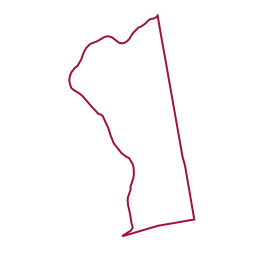 outline of Hancock, West Virginia, United States of America, rotated 350°
{"feature_id": "52423323B20661288428578", "entity_name": "Hancock", "entity_type": "district", "adm_level": 2, "iso_a3": "USA", "parent_name": "United States of America", "parent_adm1": "West Virginia", "projection": "equal_earth", "projection_center": [-80.596, 40.517], "detail": "fine", "context": "isolated", "style": "outline", "palette": "rose", "viewbox_px": 256, "rotation_deg": 350, "n_neighbors": 0, "source": "geoboundaries", "source_scale": "gbopen_adm2", "svg_char_len": 953}
<svg xmlns="http://www.w3.org/2000/svg" viewBox="0 0 256 256"><g transform="rotate(350 128 128)"><path d="M78.4,71.1L78.5,74.9L79.1,78.8L81.9,81.8L86.7,86.1L88.6,88.4L95.9,100.6L101.4,109.1L103.1,109.7L105.1,111.6L108.6,124.8L109.5,132.0L111.4,140.8L117.3,151.7L121.6,156.3L123.8,157.7L126.2,164.0L126.7,167.4L125.8,174.3L124.4,178.7L120.3,186.1L120.0,188.8L115.8,196.5L115.1,199.1L114.7,203.8L115.1,213.2L114.9,222.6L115.4,225.9L115.2,227.0L113.2,229.4L104.7,232.9L103.6,233.6L140.6,229.5L177.4,229.6L177.6,175.1L176.7,165.4L176.7,162.2L176.7,127.1L176.7,90.9L176.7,64.5L176.6,41.8L176.7,22.4L174.8,23.9L172.3,24.7L169.4,24.6L167.6,25.1L163.1,28.2L158.9,30.2L155.5,31.0L149.2,35.5L144.5,40.8L141.8,42.6L138.6,43.6L136.5,43.6L134.0,42.5L128.5,36.5L127.2,35.5L124.1,34.1L120.7,34.3L112.7,37.2L105.3,38.7L100.6,42.0L97.3,46.2L93.6,52.8L89.1,57.9L87.6,59.0L86.8,59.0L82.0,63.2L79.8,66.6L78.4,71.1Z" fill="none" stroke="#9f1239" stroke-width="2"/></g></svg>